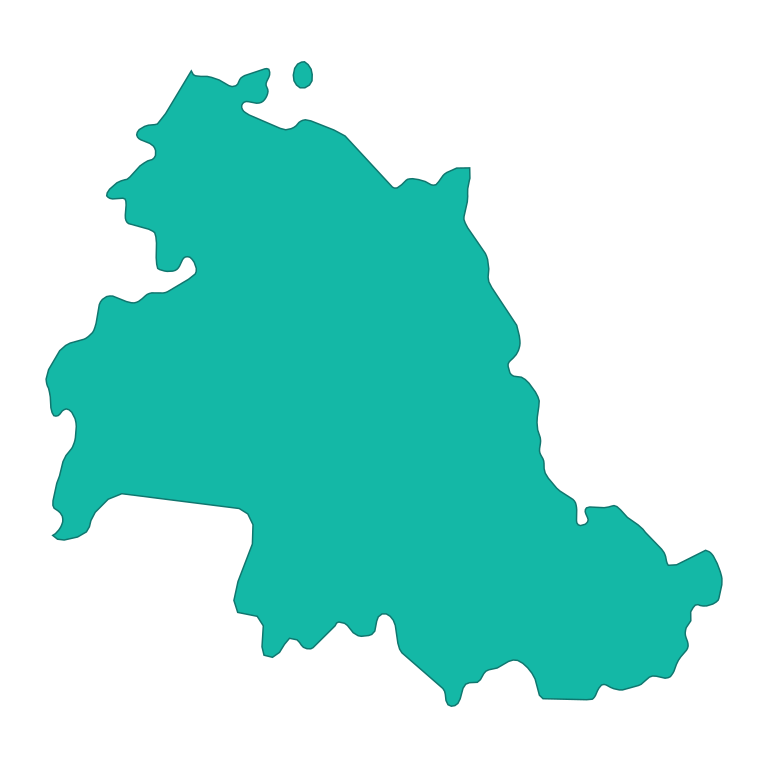 outline of Perugia
{"feature_id": "ITA-5432", "entity_name": "Perugia", "entity_type": "Province", "adm_level": 1, "iso_a3": "ITA", "parent_name": "Italy", "parent_adm1": "", "projection": "robinson", "projection_center": [12.525, 43.115], "detail": "fine", "context": "isolated", "style": "filled", "palette": "teal", "viewbox_px": 768, "rotation_deg": 0, "n_neighbors": 0, "source": "natural_earth", "source_scale": "10m", "svg_char_len": 5688}
<svg xmlns="http://www.w3.org/2000/svg" viewBox="0 0 768 768"><path d="M272.5,657.3L264.0,655.2L262.0,646.8L263.3,625.8L257.2,616.3L237.7,612.4L233.9,600.4L238.0,581.5L252.4,544.0L253.0,524.7L247.8,513.9L239.2,508.5L121.8,493.7L108.2,499.2L95.2,512.3L90.9,520.6L89.4,526.8L86.4,531.9L77.6,537.0L64.2,540.0L57.5,539.2L52.7,535.4L55.4,533.7L58.7,530.1L59.8,528.5L61.0,526.5L61.9,524.3L62.7,521.9L62.8,519.1L62.3,516.2L60.2,512.8L58.1,510.9L54.1,508.2L52.9,505.3L53.0,500.8L56.8,483.2L59.5,476.0L63.0,461.6L66.0,455.5L71.5,448.7L72.5,447.1L74.2,442.8L74.9,440.4L75.4,437.7L76.3,426.5L76.0,422.8L75.1,418.7L71.8,412.3L69.1,409.8L66.2,408.9L64.1,409.7L62.3,410.9L59.7,414.3L58.1,415.6L55.9,416.1L53.8,415.6L52.1,412.6L50.9,407.8L50.3,396.9L49.4,391.8L48.5,388.1L47.5,386.2L46.8,384.0L46.4,381.8L46.1,379.1L48.6,369.6L59.7,350.7L63.8,347.1L65.6,345.5L70.1,343.1L84.1,339.2L85.9,338.3L88.3,336.6L92.5,332.6L93.8,330.4L94.9,327.4L96.1,323.3L99.3,304.6L100.5,301.9L102.4,299.4L106.6,296.6L109.8,296.0L112.8,296.1L126.5,301.6L131.5,302.8L134.2,302.9L136.5,302.3L138.6,301.4L142.2,298.7L145.5,295.7L147.2,294.4L149.3,293.5L151.7,292.9L163.2,293.0L165.6,292.5L167.6,291.7L188.5,279.3L195.2,274.0L196.2,271.6L196.3,268.3L194.2,262.3L192.2,259.4L190.0,257.3L187.8,256.7L185.5,256.9L183.8,258.0L182.5,259.7L179.6,265.9L178.4,267.8L177.0,269.3L175.2,270.4L172.8,271.1L167.2,271.4L164.5,271.0L159.7,269.6L157.7,268.4L156.7,264.2L156.2,257.7L156.5,243.1L155.9,236.8L154.7,232.7L153.0,231.3L148.8,229.2L128.6,223.6L127.1,222.4L126.0,220.5L125.4,218.3L125.3,215.1L126.1,205.1L125.9,201.4L125.1,199.1L122.9,198.2L112.6,198.9L110.0,198.4L108.1,197.3L106.7,195.8L107.2,192.9L109.6,189.2L116.9,182.8L121.0,180.9L124.7,179.8L127.1,179.3L130.0,176.9L140.1,165.8L144.3,162.9L147.7,160.9L152.3,159.5L154.2,157.8L155.5,155.5L155.6,150.7L154.7,148.1L153.3,146.0L149.8,143.4L140.8,139.8L138.9,138.6L137.5,137.0L136.7,134.9L137.3,132.3L139.2,129.6L144.6,126.4L148.4,125.2L154.9,124.6L157.4,124.0L165.6,113.6L191.3,70.9L193.3,74.6L195.4,75.8L200.7,76.4L207.1,76.4L211.6,77.4L219.2,80.0L229.0,85.7L232.1,86.6L235.8,85.8L237.7,84.1L239.7,79.7L240.9,78.0L242.7,76.7L244.6,75.6L264.7,68.9L266.8,68.6L268.8,69.3L269.7,72.2L269.6,74.9L268.8,77.3L266.8,81.3L266.1,83.4L266.1,85.5L267.7,89.3L268.0,91.4L267.6,93.6L266.9,95.7L265.9,97.7L264.7,99.5L263.2,101.1L261.4,102.3L259.2,103.0L256.5,103.2L248.7,101.7L246.2,101.5L244.1,102.2L242.6,103.6L241.7,105.5L241.7,107.6L242.5,109.6L243.7,111.3L245.4,112.6L249.2,115.0L280.3,128.4L285.7,129.8L291.1,128.7L293.9,127.4L296.2,125.7L299.0,122.4L300.8,121.2L302.8,120.3L305.4,119.8L310.9,120.9L333.9,130.0L345.1,136.0L392.5,187.2L394.6,188.1L397.2,187.9L401.7,184.7L406.1,180.3L407.6,179.3L409.6,178.9L412.6,178.7L418.6,179.6L425.2,181.5L431.2,184.8L433.4,185.2L436.0,184.7L438.6,181.8L443.0,175.6L444.5,174.1L446.8,172.5L456.6,168.1L469.7,167.9L469.9,178.3L469.3,180.7L467.7,188.8L467.6,193.9L467.7,196.4L467.3,201.8L464.0,216.6L463.9,219.3L465.2,223.0L467.7,227.8L485.3,253.4L486.5,256.1L487.6,259.5L488.8,268.9L488.1,277.1L488.8,281.8L491.8,287.6L516.7,325.3L517.1,326.9L519.3,335.9L519.9,340.7L520.0,343.3L519.7,345.9L519.1,348.3L518.4,350.5L517.3,352.6L516.2,354.6L513.3,357.9L510.2,360.8L508.9,362.3L508.1,364.1L508.1,366.3L509.9,372.8L511.3,374.7L513.7,376.2L521.4,377.2L525.2,379.5L529.0,383.2L535.4,392.0L537.9,396.8L539.2,400.9L538.8,406.4L537.3,417.1L537.0,422.6L537.7,430.0L540.2,437.5L540.4,438.8L540.6,441.0L540.4,443.4L539.6,448.4L539.5,450.9L539.9,452.9L540.8,455.0L542.9,458.7L543.7,460.9L544.0,463.4L544.1,468.6L545.2,473.1L548.3,478.2L556.7,488.2L559.9,491.0L572.9,499.4L574.4,501.0L575.5,502.9L576.1,505.1L576.5,507.4L576.7,509.9L576.5,520.5L576.8,522.8L578.2,524.8L580.5,525.6L585.4,524.2L587.4,522.2L588.2,519.9L587.6,517.8L585.8,513.8L585.2,511.7L585.4,509.6L586.5,507.9L589.7,507.0L604.2,507.7L608.6,507.0L611.7,506.1L614.0,505.6L616.9,506.6L620.6,509.9L627.4,517.4L638.1,524.9L642.9,529.2L645.4,532.4L661.6,549.2L664.0,552.5L664.9,554.5L665.6,556.5L666.5,561.2L667.2,563.4L668.3,565.3L676.6,564.8L705.6,550.3L709.1,551.7L710.5,552.7L712.0,554.3L713.3,556.0L717.2,563.5L720.3,571.8L721.5,576.2L721.9,578.5L721.9,581.4L721.8,584.8L718.9,598.2L718.2,600.1L716.2,602.0L712.9,604.0L706.7,605.9L703.2,606.0L700.2,605.5L698.0,604.6L695.3,605.1L693.2,607.5L690.7,611.8L690.8,620.8L686.2,627.7L685.6,630.0L685.2,632.9L685.4,635.3L686.0,637.5L687.5,641.6L688.0,643.9L688.1,646.1L687.5,648.4L686.4,650.3L680.8,656.8L678.4,660.3L676.4,664.4L674.0,671.1L673.0,673.0L671.7,674.9L670.4,676.6L668.1,677.7L665.1,678.2L656.3,676.2L652.6,676.0L649.4,677.1L641.1,684.3L638.5,685.5L622.6,689.9L619.3,689.9L613.8,688.7L610.6,687.4L606.1,684.9L604.0,684.4L601.5,685.0L599.0,688.0L597.5,690.7L595.5,695.4L594.5,697.0L593.3,698.4L592.3,699.2L586.5,699.7L543.0,698.7L539.4,695.2L535.1,679.0L532.0,673.3L527.7,667.8L522.8,663.3L517.7,660.4L513.2,660.0L508.6,661.4L497.2,668.0L488.8,669.8L485.9,671.2L483.8,673.6L480.4,679.7L477.3,682.3L469.4,682.7L465.7,684.2L463.0,688.3L460.2,698.8L457.9,703.4L454.9,705.6L451.3,706.2L448.0,704.7L446.0,700.5L445.3,694.2L444.6,691.3L442.9,688.5L401.9,652.8L399.6,649.1L397.9,643.3L395.3,625.4L393.3,620.2L390.2,616.3L386.3,613.9L382.1,613.9L378.3,616.8L376.7,621.1L374.8,631.1L371.8,634.4L368.7,635.5L361.3,636.3L358.1,635.7L353.2,632.7L347.4,625.4L344.6,623.3L338.8,622.0L336.6,623.0L335.1,625.8L313.1,647.6L310.8,648.8L306.9,648.7L303.4,647.3L301.4,645.2L299.6,642.5L297.0,639.8L289.5,638.3L284.5,644.3L279.5,652.4L272.5,657.3ZM304.5,61.8L308.1,64.6L311.1,69.2L312.2,74.5L312.0,80.8L309.5,85.0L304.9,87.8L300.1,87.8L296.5,85.0L294.0,80.8L293.3,75.1L294.7,68.3L297.6,64.1L301.5,62.1L304.5,61.8Z" fill="#14b8a6" stroke="#0f766e" stroke-width="1.5"/></svg>